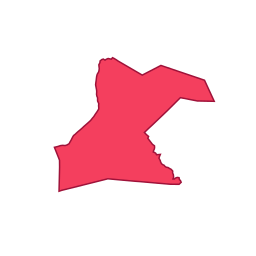 Milagres, Ceará, Brazil, rotated 64°
{"feature_id": "56859067B57580230718616", "entity_name": "Milagres", "entity_type": "district", "adm_level": 2, "iso_a3": "BRA", "parent_name": "Brazil", "parent_adm1": "Ceará", "projection": "mercator", "projection_center": [-38.943, -7.27], "detail": "fine", "context": "isolated", "style": "filled", "palette": "rose", "viewbox_px": 256, "rotation_deg": 64, "n_neighbors": 0, "source": "geoboundaries", "source_scale": "gbopen_adm2", "svg_char_len": 1660}
<svg xmlns="http://www.w3.org/2000/svg" viewBox="0 0 256 256"><g transform="rotate(64 128 128)"><path d="M113.1,202.6L125.2,203.5L127.0,203.7L133.1,206.6L154.6,217.7L155.0,214.7L161.4,184.6L164.8,168.4L171.1,158.0L179.3,144.4L181.2,141.1L190.3,126.0L192.8,121.8L197.1,114.6L201.0,106.8L200.1,104.0L198.2,103.9L196.9,104.4L195.0,103.9L194.0,105.4L193.8,107.1L194.2,108.6L193.5,109.9L192.3,108.6L189.9,107.7L187.9,107.6L186.3,106.7L184.1,107.3L182.6,108.4L181.0,109.4L180.1,110.7L179.0,111.5L177.3,111.9L176.0,113.0L174.7,113.5L173.1,113.6L171.4,113.3L168.7,113.4L167.3,112.1L165.9,110.5L165.3,112.1L164.5,114.1L163.0,114.1L161.7,114.8L160.7,115.8L159.5,114.9L158.4,113.5L157.1,112.6L155.6,112.0L153.4,113.2L145.9,114.7L144.6,113.2L142.1,114.3L139.2,115.2L137.4,109.7L135.9,104.7L129.7,85.2L123.7,67.6L134.1,53.8L141.8,38.8L118.6,38.3L117.0,39.9L86.2,71.0L86.7,92.0L63.7,107.4L61.6,108.6L59.4,110.0L58.0,111.1L58.8,112.8L57.7,114.3L56.8,115.4L56.7,117.3L56.9,118.9L55.2,120.0L55.0,121.6L55.5,123.7L56.9,124.5L58.4,126.5L60.0,127.1L62.0,127.8L63.5,128.8L64.7,129.8L66.2,132.1L67.8,133.5L69.3,134.5L70.9,135.5L73.1,137.0L75.0,138.2L78.3,139.1L80.1,139.6L81.8,140.3L83.9,141.5L85.6,142.0L87.5,142.1L90.4,143.5L93.3,143.6L95.1,144.7L96.7,145.3L98.1,146.0L99.7,148.5L100.6,150.1L101.3,151.4L102.8,153.8L103.4,155.3L104.8,158.2L105.4,160.2L105.9,161.9L106.3,163.4L106.8,165.2L107.3,167.1L107.9,168.9L108.8,172.2L109.3,174.3L109.9,176.4L110.5,178.2L110.9,180.2L111.8,181.6L113.0,183.2L114.1,184.6L115.1,186.2L116.3,187.8L116.5,190.3L116.2,192.2L114.9,194.4L114.2,196.5L113.9,198.9L113.5,200.8L113.1,202.6Z" fill="#f43f5e" stroke="#9f1239" stroke-width="1.5"/></g></svg>